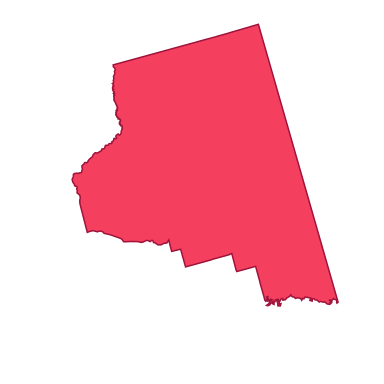 Coconino, Arizona, United States of America (Albers equal-area conic projection), rotated 345°
{"feature_id": "52423323B62960071172507", "entity_name": "Coconino", "entity_type": "district", "adm_level": 2, "iso_a3": "USA", "parent_name": "United States of America", "parent_adm1": "Arizona", "projection": "albers", "projection_center": [-112.498, 35.631], "detail": "fine", "context": "isolated", "style": "filled", "palette": "rose", "viewbox_px": 384, "rotation_deg": 345, "n_neighbors": 0, "source": "geoboundaries", "source_scale": "gbopen_adm2", "svg_char_len": 5558}
<svg xmlns="http://www.w3.org/2000/svg" viewBox="0 0 384 384"><g transform="rotate(345 192 192)"><path d="M80.4,203.9L83.4,203.6L86.6,203.8L90.3,206.0L92.0,205.8L94.1,206.3L95.5,207.4L96.4,209.2L101.7,212.0L111.1,218.4L112.4,220.1L113.0,222.2L113.8,222.6L119.3,223.8L126.5,225.8L130.1,227.6L131.8,227.7L135.3,227.0L136.9,227.5L138.7,229.1L140.8,228.2L141.8,229.3L141.7,230.9L143.1,231.5L145.4,234.2L148.4,235.0L152.1,234.3L154.4,234.8L157.2,232.4L157.0,236.5L157.0,244.1L166.2,244.3L166.4,262.7L193.4,262.5L194.6,262.3L211.8,262.2L214.5,261.7L214.4,278.9L214.6,280.4L222.6,280.4L234.2,280.3L234.3,297.9L234.2,297.9L234.4,312.3L234.3,315.2L234.8,316.4L237.2,314.6L236.9,312.8L238.8,312.4L237.8,313.1L237.9,315.6L235.8,316.5L236.7,317.0L238.3,317.0L240.3,316.0L241.5,316.7L238.3,318.5L237.5,319.6L234.7,320.8L235.8,321.5L238.0,321.1L239.1,319.9L241.9,318.8L240.8,320.7L242.2,321.8L242.5,320.1L243.9,319.3L244.7,317.8L247.4,317.9L247.3,319.7L245.8,318.8L245.9,321.8L245.5,324.2L247.8,324.9L249.0,322.9L247.5,322.9L248.0,319.9L248.8,320.1L250.2,318.5L251.9,318.3L251.8,320.0L254.4,320.2L255.9,319.0L259.8,317.9L260.8,316.9L261.7,319.2L263.3,319.8L264.4,321.6L266.5,321.4L269.4,323.0L269.9,325.0L271.4,323.4L272.4,324.2L274.2,322.7L279.2,325.1L277.8,327.2L279.8,328.5L280.5,327.1L279.8,326.1L282.4,326.8L283.0,328.1L284.8,328.8L286.4,331.2L287.5,330.9L290.8,332.6L291.8,332.4L293.5,335.1L296.1,336.2L298.0,335.1L297.0,334.6L298.5,333.8L296.2,331.8L299.3,332.9L301.2,331.5L301.7,332.5L303.6,333.7L303.9,334.6L303.6,334.9L303.6,335.3L303.2,335.7L303.1,335.9L303.2,336.5L303.2,336.8L304.6,336.3L299.5,47.2L272.8,47.8L267.2,48.0L257.0,48.1L255.0,48.2L244.3,48.2L148.8,48.8L148.4,50.7L149.4,52.4L149.6,53.9L148.3,55.4L148.1,57.7L146.0,60.2L145.9,62.3L144.7,64.0L144.9,65.0L144.1,66.6L143.6,66.6L143.8,66.8L143.9,67.2L143.6,67.4L143.6,67.9L143.5,68.3L143.7,68.6L143.6,68.9L143.7,69.1L143.2,69.1L143.2,69.3L143.1,69.7L143.3,69.9L143.1,70.0L142.9,69.8L142.8,70.0L142.5,70.2L142.4,70.4L142.6,70.5L142.4,71.0L142.3,71.4L142.0,71.7L142.2,72.5L142.6,72.6L142.2,72.9L142.1,73.1L142.0,73.3L141.9,73.2L141.9,73.3L142.0,73.8L142.3,74.5L142.5,74.5L142.7,74.8L142.5,75.0L142.4,74.8L142.2,74.8L142.3,75.3L142.5,75.9L142.4,76.0L142.4,75.9L142.1,75.9L142.1,76.0L142.4,76.3L142.6,76.6L142.2,76.7L141.7,76.7L141.8,76.9L142.1,77.2L142.2,77.5L141.9,77.5L141.7,77.9L142.0,78.4L141.9,78.4L141.6,78.5L141.4,78.8L141.3,79.0L141.5,79.4L141.3,79.8L141.1,79.9L141.0,80.1L141.2,80.7L141.0,80.9L141.1,81.4L140.9,81.8L140.6,82.1L140.8,82.8L140.5,82.9L140.4,83.3L140.7,83.6L140.6,84.1L140.8,84.8L141.2,85.4L141.1,85.5L141.1,85.8L141.2,86.2L141.1,86.4L141.3,86.9L141.3,87.2L141.4,87.5L141.3,87.9L141.4,88.1L141.6,88.2L141.6,88.5L141.5,88.9L141.6,89.2L141.9,89.6L142.0,89.9L141.7,90.2L141.8,90.6L141.9,90.8L141.8,91.0L141.7,91.0L141.8,91.5L141.4,91.7L141.4,91.9L141.5,91.9L141.5,92.1L141.3,92.1L141.2,92.3L141.2,92.7L141.3,92.8L141.3,93.0L141.1,93.0L141.2,93.3L141.1,93.6L140.8,93.5L140.6,93.5L140.8,93.9L140.8,94.1L140.6,94.2L139.9,94.1L140.0,94.3L140.1,94.5L139.5,94.9L139.4,95.3L139.0,95.6L138.9,95.8L138.9,96.0L139.2,96.1L139.3,96.3L139.1,96.8L139.0,97.0L138.7,97.1L138.5,97.5L138.8,97.6L138.5,98.2L138.6,98.5L138.8,98.6L139.0,98.6L139.0,98.9L138.9,99.1L138.9,99.4L139.0,99.6L139.0,99.8L138.9,100.2L139.1,100.5L139.3,100.6L139.5,100.5L139.8,100.9L139.7,101.1L139.6,101.3L140.0,101.6L139.7,102.0L140.0,102.0L140.5,102.2L140.5,102.6L140.3,102.6L140.3,102.9L140.5,103.1L140.8,103.2L141.1,103.1L141.3,103.2L141.5,103.3L141.6,103.6L141.4,103.7L141.4,104.1L141.5,104.2L141.5,104.4L141.0,104.7L140.9,104.9L141.1,105.1L141.0,105.4L140.8,105.6L140.6,105.5L140.0,105.8L139.9,105.9L139.8,106.1L140.0,106.4L140.0,107.1L139.7,107.1L139.7,107.3L140.0,107.3L140.4,107.7L140.3,107.9L140.0,108.0L139.8,107.9L139.6,107.9L139.6,108.0L139.8,108.2L139.9,108.3L140.1,108.7L140.2,109.1L140.3,109.3L140.4,109.5L140.6,109.3L140.8,109.3L141.1,109.4L140.9,109.7L141.2,109.9L141.3,110.4L141.5,110.7L141.4,110.9L141.5,111.1L141.4,111.5L141.0,111.9L140.9,112.2L141.0,112.4L141.0,112.6L140.9,112.6L140.9,112.8L141.0,112.9L140.9,113.1L140.6,113.2L139.3,115.1L139.1,116.1L138.3,117.3L137.3,118.1L136.8,118.3L136.1,117.7L135.8,116.9L135.4,116.9L134.9,117.0L134.3,117.3L133.4,117.7L132.8,118.5L133.3,120.2L132.3,120.8L130.7,120.0L130.1,120.5L129.9,121.4L129.6,121.9L128.9,122.4L127.7,122.6L127.5,123.0L127.5,123.7L126.9,124.4L125.7,124.0L124.9,123.9L124.3,124.0L123.8,124.3L123.1,125.1L122.1,125.0L120.9,124.5L120.3,124.8L120.1,125.0L119.8,125.4L119.5,126.3L118.8,127.0L118.3,127.4L117.6,127.5L116.7,127.1L116.0,127.2L115.3,128.5L114.7,128.8L113.3,129.1L111.1,129.8L110.5,129.8L109.0,129.1L108.4,129.1L107.9,129.3L106.4,130.2L105.8,130.9L104.9,132.2L103.3,132.8L102.5,133.3L101.5,133.7L100.4,134.5L99.7,135.0L99.3,135.7L98.8,136.2L97.7,136.6L97.1,136.0L96.1,135.8L95.4,136.3L95.2,136.7L94.4,137.2L93.5,137.6L92.4,138.3L92.4,138.8L92.0,140.1L92.2,141.4L91.9,142.0L91.3,142.5L91.0,143.1L90.6,144.0L90.4,144.4L89.6,144.7L88.7,144.4L88.0,144.5L87.8,144.7L87.4,144.7L87.1,144.5L86.6,144.4L85.6,143.9L84.2,144.0L83.1,143.6L81.9,144.4L81.6,145.8L81.1,147.0L79.8,148.3L79.5,148.8L79.4,150.6L79.5,151.8L79.6,152.3L80.1,153.2L80.4,154.2L80.2,155.0L80.4,155.7L80.8,156.2L81.9,156.7L82.1,157.0L82.3,157.4L82.2,157.6L82.3,158.2L81.7,158.7L81.3,159.5L81.6,160.7L81.1,162.1L80.8,162.7L80.8,163.3L81.3,163.8L81.6,164.3L81.8,164.8L82.3,165.1L82.8,166.4L82.6,167.8L82.7,168.7L82.5,169.1L81.8,170.1L81.3,171.2L81.3,171.6L81.4,172.0L80.8,173.0L80.9,173.5L80.8,174.6L80.7,174.9L80.4,203.9Z" fill="#f43f5e" stroke="#9f1239" stroke-width="1.5"/></g></svg>